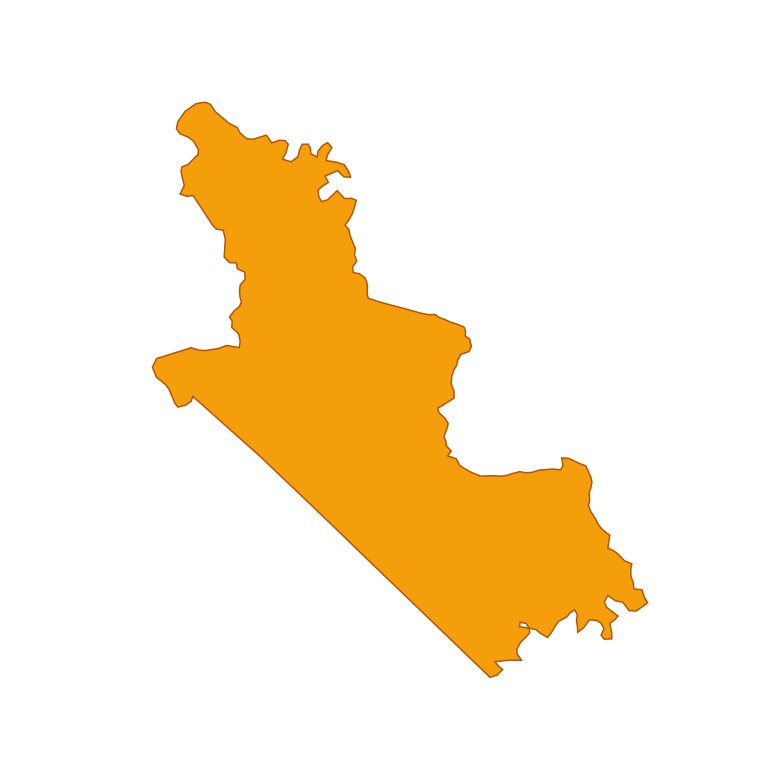 outline of Jardim Alegre, Paraná, Brazil, rotated 261°
{"feature_id": "56859067B44412461439059", "entity_name": "Jardim Alegre", "entity_type": "district", "adm_level": 2, "iso_a3": "BRA", "parent_name": "Brazil", "parent_adm1": "Paraná", "projection": "equal_earth", "projection_center": [-51.748, -24.211], "detail": "fine", "context": "isolated", "style": "filled", "palette": "amber", "viewbox_px": 768, "rotation_deg": 261, "n_neighbors": 0, "source": "geoboundaries", "source_scale": "gbopen_adm2", "svg_char_len": 3294}
<svg xmlns="http://www.w3.org/2000/svg" viewBox="0 0 768 768"><g transform="rotate(261 384 384)"><path d="M359.1,451.0L365.8,452.0L374.0,450.4L381.5,452.3L386.8,455.1L390.7,458.4L396.4,460.8L401.2,464.5L402.8,473.1L407.4,476.2L415.1,475.6L418.6,471.7L423.4,472.9L427.7,471.9L431.6,465.8L434.6,459.4L438.2,454.1L441.0,449.0L444.7,445.3L445.6,438.5L448.3,431.2L455.5,415.4L461.7,401.3L467.1,389.5L471.2,381.8L476.2,381.5L482.9,383.0L487.7,382.9L492.0,381.7L496.7,376.9L499.0,371.1L504.7,371.3L509.4,376.2L516.1,375.0L522.3,376.9L528.9,375.3L535.4,373.8L542.0,373.5L547.0,370.4L551.3,374.8L557.7,379.7L564.4,383.0L569.7,385.4L572.5,380.9L573.3,374.1L582.3,368.0L579.3,363.7L574.7,356.9L574.0,350.8L579.1,349.0L585.8,349.0L589.1,354.2L591.8,360.6L598.7,358.4L601.9,371.7L595.0,376.6L593.4,383.3L599.4,382.4L606.8,379.0L610.6,371.6L613.7,361.8L619.1,364.0L625.7,369.5L631.2,366.1L629.0,360.3L624.2,355.3L618.8,353.3L622.9,347.7L628.3,348.3L632.8,346.5L633.5,340.6L628.5,337.3L621.9,334.5L618.0,327.1L621.9,318.9L627.9,323.5L635.8,326.9L639.9,324.4L641.1,318.9L639.7,310.9L648.2,306.7L646.2,293.1L647.8,286.7L654.8,280.9L660.3,279.1L665.9,271.5L671.0,267.2L679.3,260.0L687.4,256.3L690.3,251.5L690.3,242.2L684.4,230.2L681.0,226.9L675.3,221.4L668.7,218.9L663.1,221.6L658.3,229.4L653.8,233.9L644.3,237.4L639.6,236.1L631.5,224.7L630.0,218.3L625.8,216.8L619.0,217.1L611.4,217.8L603.6,212.4L600.2,218.6L600.0,224.9L568.0,239.4L563.3,242.5L561.0,249.3L551.6,249.9L534.4,246.0L528.0,250.5L526.7,257.2L520.7,257.2L516.4,263.8L509.4,263.4L504.2,257.4L498.1,255.8L492.0,255.4L487.3,256.0L483.2,253.3L479.5,247.2L474.3,241.9L469.8,243.9L463.5,242.5L456.2,248.4L448.6,248.6L442.6,246.8L446.7,234.3L445.0,226.6L445.0,212.5L446.6,205.7L450.0,199.4L444.7,163.4L436.9,157.9L426.2,160.3L421.9,164.4L416.6,168.9L411.5,171.1L397.5,174.5L393.4,176.9L394.1,184.6L397.3,191.0L401.7,193.2L332.8,249.6L270.1,297.5L247.9,314.3L211.5,341.6L145.1,391.9L77.7,442.8L78.8,450.1L83.4,456.5L87.9,452.6L92.3,450.2L91.6,465.1L89.6,476.6L96.9,473.1L101.2,473.8L107.5,478.4L112.2,485.0L115.4,489.0L120.0,489.3L117.7,495.6L112.9,499.9L108.1,505.9L112.0,510.2L117.6,514.8L122.3,519.3L125.3,528.0L128.7,531.7L131.2,537.1L125.5,538.8L120.3,537.1L114.3,537.1L108.4,536.6L112.1,543.1L118.9,550.1L117.3,556.8L113.7,561.1L107.9,562.9L102.0,559.2L97.4,561.7L96.7,569.1L103.4,570.0L112.1,569.6L114.8,574.6L118.2,578.9L128.5,569.0L134.4,567.6L140.1,572.1L133.7,578.6L131.1,585.8L121.9,590.5L120.3,597.5L123.3,603.6L126.7,610.1L132.9,607.7L140.3,606.7L142.5,598.8L148.4,599.1L155.6,597.8L162.0,598.7L167.6,600.6L171.8,593.8L179.7,588.3L183.7,584.4L187.0,579.4L199.2,583.4L202.9,579.7L207.4,576.0L212.3,573.4L218.0,571.7L225.8,568.2L232.0,567.0L237.1,569.0L244.0,569.4L248.6,571.9L254.5,574.0L260.1,573.7L266.5,571.9L271.5,570.5L275.8,563.3L279.1,558.6L281.8,554.3L283.2,548.0L275.6,548.0L271.5,545.1L273.6,537.8L274.0,532.0L274.7,523.4L273.5,516.6L274.3,509.9L276.2,504.2L275.4,496.4L274.5,490.9L274.7,485.0L276.5,476.6L277.9,464.9L282.7,457.1L286.3,452.2L291.8,445.9L298.9,443.7L303.1,435.5L307.2,440.0L313.1,436.0L317.7,436.1L322.8,434.9L329.8,439.1L334.8,441.2L340.3,439.1L347.0,433.8L351.8,433.3L354.1,439.4L359.1,451.0ZM120.0,489.3L123.2,479.8L127.4,481.3L125.2,487.0L120.0,489.3Z" fill="#f59e0b" stroke="#b45309" stroke-width="1.5"/></g></svg>